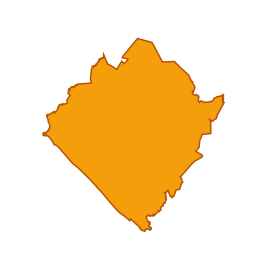 Técpan de Galeana, Guerrero, Mexico, rotated 24°
{"feature_id": "50627088B73770248415585", "entity_name": "Técpan de Galeana", "entity_type": "district", "adm_level": 2, "iso_a3": "MEX", "parent_name": "Mexico", "parent_adm1": "Guerrero", "projection": "natural_earth1", "projection_center": [-100.8, 17.404], "detail": "fine", "context": "isolated", "style": "filled", "palette": "amber", "viewbox_px": 256, "rotation_deg": 24, "n_neighbors": 0, "source": "geoboundaries", "source_scale": "gbopen_adm2", "svg_char_len": 5494}
<svg xmlns="http://www.w3.org/2000/svg" viewBox="0 0 256 256"><g transform="rotate(24 128 128)"><path d="M49.4,150.8L51.5,152.8L51.9,153.3L52.5,154.6L52.7,154.8L54.1,155.9L55.0,156.8L55.7,158.0L56.1,158.9L56.0,159.1L56.0,159.3L56.3,159.5L56.5,160.2L56.5,160.7L56.4,160.8L56.2,160.9L56.2,161.2L56.4,161.4L56.6,161.4L56.6,161.6L56.1,162.2L56.1,162.6L56.0,163.1L55.6,163.5L55.9,163.9L55.9,164.1L55.4,165.1L55.2,165.4L55.3,166.1L55.3,166.3L55.1,166.3L55.0,166.5L54.8,166.4L54.7,166.7L54.0,166.0L53.9,166.1L53.3,166.1L53.1,166.5L52.7,167.1L52.9,167.2L52.8,167.6L52.8,168.0L53.1,168.2L53.1,168.3L53.0,168.5L53.7,168.9L53.7,169.2L53.9,169.3L54.2,169.4L54.4,169.3L54.5,169.0L54.5,168.4L54.7,168.2L55.8,168.0L56.0,168.1L56.3,168.5L56.5,168.6L56.8,167.9L57.0,167.8L57.5,167.8L58.6,168.1L60.6,168.8L62.3,169.6L64.2,170.8L65.1,171.4L65.8,172.1L66.1,172.4L66.6,172.7L67.6,173.3L67.9,173.3L68.1,173.1L68.5,172.9L69.4,173.0L71.3,173.5L72.5,173.9L78.5,176.7L90.9,182.5L93.0,183.3L96.9,184.2L102.0,185.9L114.2,190.5L121.8,193.8L124.9,195.3L128.1,196.5L130.2,197.4L139.8,202.2L149.5,206.7L152.2,207.8L155.2,208.9L160.7,210.0L165.3,211.3L167.3,212.0L167.4,210.0L170.7,211.1L173.5,212.0L173.8,212.1L173.8,212.3L174.1,212.2L175.6,212.8L179.3,213.9L179.2,214.7L182.3,215.9L182.6,215.4L184.2,215.6L184.5,215.3L184.9,215.7L185.4,215.4L185.3,214.2L185.8,213.5L185.5,213.0L186.9,212.0L187.5,211.7L187.9,212.2L188.2,211.9L188.7,212.2L188.9,211.8L189.8,212.2L190.3,210.9L189.9,210.8L190.1,210.3L189.5,209.8L189.5,209.6L188.9,209.4L188.1,209.4L187.3,209.2L186.4,208.5L186.8,207.5L187.3,206.7L186.3,206.0L186.5,205.3L185.8,204.9L185.2,206.0L180.8,202.0L181.6,200.3L182.4,199.5L182.3,199.3L184.0,199.7L184.3,198.7L184.6,198.6L185.0,198.8L185.5,198.5L186.1,198.5L186.5,197.9L186.4,197.7L186.5,197.4L186.4,196.7L187.4,197.6L187.7,197.2L187.7,196.7L188.0,196.2L188.2,195.8L188.9,193.8L189.2,192.7L189.2,192.1L189.5,191.2L189.7,191.3L189.6,191.8L190.4,191.9L190.5,191.7L190.3,191.3L190.6,190.6L191.4,189.8L190.2,186.8L190.9,186.1L191.4,184.9L191.7,184.9L191.9,184.5L191.9,184.3L191.7,184.0L191.3,184.0L191.3,183.5L191.2,183.1L191.0,182.6L191.4,181.9L191.6,181.9L191.6,181.7L191.9,181.5L192.2,181.5L192.0,177.9L191.8,177.8L192.0,177.1L190.7,176.7L190.9,176.2L190.9,175.4L190.6,175.3L190.2,174.7L190.0,174.1L189.5,173.9L189.4,173.6L189.3,173.3L189.4,173.0L189.2,172.4L188.7,172.4L187.9,172.5L187.6,172.2L189.0,170.9L189.9,169.9L190.0,169.6L189.6,169.4L189.6,169.1L189.8,168.8L194.4,173.2L194.9,172.5L195.0,172.4L195.8,173.4L196.6,173.6L197.0,172.7L197.6,171.8L197.5,168.8L197.1,164.9L198.6,164.1L200.2,163.0L199.7,160.2L199.5,156.7L200.0,155.1L198.7,154.5L197.6,152.4L195.6,151.7L196.2,150.0L201.3,133.7L202.7,130.7L207.5,124.4L207.3,122.7L199.4,121.7L200.8,116.8L198.7,110.5L198.4,103.7L205.9,99.3L201.2,89.2L199.2,87.1L202.1,87.8L204.8,83.3L204.3,79.8L205.4,66.0L205.0,66.1L204.7,65.9L204.4,66.0L204.4,65.7L204.6,65.5L204.7,65.3L204.5,64.9L204.4,64.8L204.0,65.1L203.5,64.6L203.4,64.4L203.7,64.1L203.6,63.9L203.0,63.7L203.2,63.4L202.9,63.2L203.0,62.7L203.4,62.5L203.4,62.2L203.0,62.0L202.6,62.3L202.6,61.9L202.0,61.6L202.0,61.4L202.3,61.0L202.3,60.9L202.0,60.9L202.3,60.4L202.3,59.8L202.0,59.7L201.5,59.7L201.5,59.2L201.1,58.8L201.0,59.2L200.1,60.8L199.9,61.0L199.2,61.3L198.8,61.8L198.4,62.2L198.2,62.2L197.4,62.7L197.3,63.0L197.0,63.1L196.7,63.2L196.4,63.6L196.3,64.0L196.0,64.2L195.7,64.6L195.3,65.0L195.0,65.6L194.4,66.1L194.5,66.5L194.6,67.5L194.3,68.4L194.1,68.5L193.9,69.2L193.9,69.5L193.7,69.8L193.4,70.0L192.9,70.1L192.7,70.4L192.4,70.4L192.2,70.4L191.9,70.6L191.7,71.0L188.2,73.1L183.4,73.8L182.9,75.6L181.1,74.4L179.8,70.2L176.9,69.7L176.6,70.4L174.1,70.9L172.5,69.8L172.4,69.3L173.2,68.8L173.1,68.2L172.3,68.0L173.0,66.1L172.2,62.9L168.6,60.7L168.2,59.4L167.0,59.5L162.0,55.1L151.2,51.4L143.3,48.4L132.7,53.7L115.2,40.1L100.4,42.3L98.9,47.3L94.4,63.7L94.1,66.1L99.8,64.9L99.6,67.6L98.2,70.6L95.1,69.5L93.9,79.0L85.2,77.7L83.5,77.8L80.7,75.4L75.8,70.7L76.1,71.8L76.6,72.1L76.8,72.3L76.9,72.9L76.7,73.2L76.9,73.6L76.6,73.8L76.8,74.0L76.7,74.4L75.5,74.8L75.7,75.3L75.6,75.7L75.1,75.8L74.8,76.0L74.5,75.9L74.3,75.9L74.1,76.2L74.3,76.5L74.0,77.2L73.8,77.2L73.7,77.3L73.8,77.7L73.7,77.8L74.2,78.4L74.4,78.2L74.6,78.5L74.1,78.8L73.8,79.4L74.0,79.4L73.5,80.5L73.5,81.0L73.5,81.6L73.6,82.1L72.9,82.4L73.0,83.2L73.2,83.4L72.4,84.1L72.4,84.5L72.8,84.6L72.2,85.5L71.9,85.1L71.4,84.9L70.7,86.0L70.4,86.2L71.1,86.6L71.3,86.8L70.5,88.4L73.9,98.8L75.4,100.6L76.2,101.9L63.9,108.5L64.0,108.8L63.8,108.8L63.7,109.0L63.9,109.2L63.7,109.3L63.7,109.5L63.7,110.2L63.5,110.7L63.4,110.6L63.2,110.4L63.0,110.7L62.3,110.5L62.2,110.5L62.2,111.4L61.8,111.8L61.8,112.0L61.7,112.1L62.0,112.7L62.0,113.2L61.8,113.3L61.5,113.4L60.7,112.8L60.1,113.0L60.0,113.3L59.9,113.5L59.8,113.4L59.6,114.1L58.9,115.3L58.7,115.4L58.8,115.6L58.7,116.0L58.7,116.3L59.0,116.2L59.0,116.5L58.9,116.5L59.2,116.7L58.7,116.8L58.3,117.3L58.5,117.4L58.4,117.8L58.9,118.2L58.7,118.8L58.9,118.9L59.1,119.2L58.9,119.4L59.1,119.6L59.1,120.6L59.7,120.8L59.9,120.6L60.0,120.7L59.8,121.1L61.9,121.7L61.5,123.5L61.2,125.4L61.1,125.6L60.9,125.8L60.8,126.2L60.8,127.0L62.3,130.2L59.9,132.2L58.9,132.2L58.9,132.5L58.6,132.5L58.5,132.9L58.6,133.1L58.4,133.6L58.4,134.1L57.0,133.6L56.4,134.1L56.1,134.5L55.8,135.7L55.7,136.7L55.5,137.4L56.2,137.6L56.0,138.4L56.0,139.8L55.0,143.7L54.6,143.9L54.5,144.1L53.9,143.1L53.4,143.3L52.7,144.7L51.3,146.5L50.2,148.2L49.6,148.1L48.5,149.0L48.7,149.4L49.3,150.1L49.6,150.7L49.4,150.8Z" fill="#f59e0b" stroke="#b45309" stroke-width="1.5"/></g></svg>